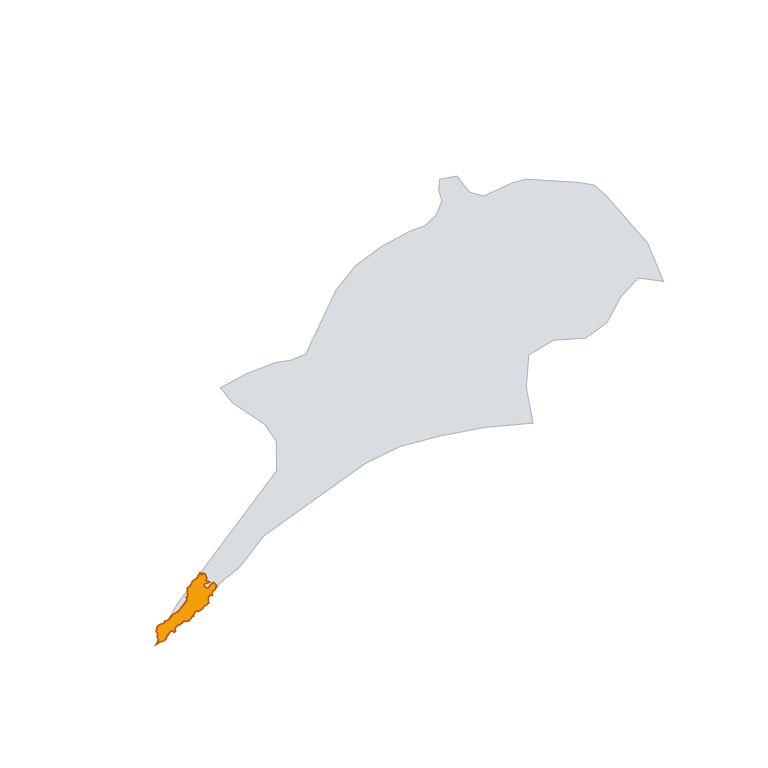 Rizokarpaso, Cyprus shown in context, rotated 162°
{"feature_id": "46923920B57718110047043", "entity_name": "Rizokarpaso", "entity_type": "district", "adm_level": 2, "iso_a3": "CYP", "parent_name": "Cyprus", "parent_adm1": "", "projection": "albers", "projection_center": [34.434, 35.609], "detail": "fine", "context": "in_parent", "style": "filled", "palette": "amber", "viewbox_px": 768, "rotation_deg": 162, "n_neighbors": 0, "source": "geoboundaries", "source_scale": "gbopen_adm2", "svg_char_len": 6591}
<svg xmlns="http://www.w3.org/2000/svg" viewBox="0 0 768 768"><g transform="rotate(162 384 384)"><path d="M533.9,412.9L540.7,431.0L511.1,436.3L481.4,437.9L464.9,435.4L449.4,436.4L400.8,487.9L374.7,505.3L343.7,515.5L312.2,521.3L296.3,521.9L282.4,528.3L272.4,540.2L272.0,551.9L267.7,561.5L250.4,559.2L243.5,540.2L231.3,531.9L200.7,535.6L185.8,534.9L137.2,515.9L122.6,508.2L113.7,492.6L89.7,436.4L86.4,395.2L109.5,406.2L131.6,393.9L153.0,373.4L178.2,365.4L193.8,369.3L209.2,373.2L237.3,367.0L249.8,336.3L254.3,300.7L301.2,311.6L348.9,317.4L388.0,319.6L426.6,314.2L544.8,276.9L578.2,254.2L598.8,246.5L634.7,227.7L672.1,217.3L648.1,239.1L513.1,334.5L504.1,362.9L510.0,382.6L529.0,406.6L533.9,412.9Z" fill="#d9dde1" stroke="#a8b0b8" stroke-width="1"/><path d="M610.8,249.5L611.0,249.8L611.2,250.0L611.5,250.1L612.0,250.5L612.5,251.0L613.0,251.3L613.2,251.5L613.4,251.7L613.7,251.9L613.8,252.2L613.8,252.4L613.7,252.6L613.4,253.0L613.0,253.2L612.8,253.5L612.4,254.2L612.3,254.6L612.3,255.1L612.3,255.6L612.8,256.5L612.7,256.9L612.7,257.5L612.7,257.9L612.6,258.4L612.8,258.9L613.0,259.1L613.5,259.1L613.8,259.3L613.9,259.7L614.1,259.9L614.5,260.2L614.9,260.1L615.1,259.8L615.4,259.6L615.5,259.4L615.8,258.9L616.0,258.8L616.3,259.5L616.5,260.0L616.6,260.4L616.7,260.6L616.7,261.0L616.8,261.2L617.2,261.2L617.4,261.4L617.6,261.5L617.7,261.3L617.7,261.1L617.9,260.4L618.0,260.2L618.4,259.9L618.7,259.9L619.3,259.6L619.6,259.6L620.0,259.4L620.2,259.2L620.4,258.9L620.4,258.6L620.4,258.4L620.5,258.2L620.8,257.8L621.1,257.7L621.5,257.7L621.8,257.5L622.1,257.4L622.2,257.2L622.4,257.1L622.8,257.0L623.0,256.8L623.3,256.7L623.6,256.7L623.9,256.6L624.2,256.5L624.6,256.4L624.8,256.3L625.2,256.2L625.6,256.1L625.8,256.1L626.0,256.1L626.4,256.0L626.7,255.9L627.0,255.7L627.7,255.2L627.9,254.8L628.2,254.6L628.6,254.0L628.7,253.7L628.9,253.5L629.2,253.1L629.7,252.8L630.1,252.7L630.4,252.5L630.6,252.4L631.1,252.1L631.3,251.9L631.3,251.7L631.5,251.3L631.8,251.2L632.1,251.2L632.4,251.3L632.6,251.3L633.3,251.0L633.5,251.0L633.9,250.9L634.1,250.8L634.4,250.7L634.6,250.4L634.6,250.1L634.6,249.8L634.5,249.5L634.5,249.3L634.5,248.9L634.6,248.5L635.1,247.9L635.2,247.7L635.3,247.4L635.2,247.2L635.3,246.9L635.3,246.6L635.4,246.3L635.5,246.1L635.6,245.9L635.6,245.6L635.7,245.2L636.0,244.9L635.7,244.7L635.8,244.5L635.7,244.3L635.6,244.2L635.7,243.9L635.9,243.5L636.0,243.3L636.2,243.0L636.3,242.6L636.6,242.4L636.8,242.3L637.1,242.4L637.2,242.5L637.4,242.5L637.7,242.5L637.8,242.4L637.9,242.2L638.1,242.3L638.3,242.2L638.2,241.9L638.0,241.7L637.8,241.3L637.8,241.1L637.8,240.9L637.9,240.6L638.0,240.1L637.9,240.0L638.0,239.8L638.1,239.6L638.2,239.4L638.4,239.2L638.6,239.2L638.8,238.9L639.1,238.8L639.2,238.6L639.3,238.4L639.4,238.2L639.5,238.1L639.8,238.0L640.0,238.0L640.4,238.1L640.7,238.1L640.8,237.7L640.9,237.4L641.0,237.2L641.2,236.7L641.5,236.5L641.8,236.4L642.2,236.4L642.3,236.6L642.5,236.5L642.7,236.3L642.9,236.1L642.8,235.8L642.9,235.6L643.1,235.5L643.3,235.7L643.7,235.5L644.0,235.3L644.2,235.2L644.6,235.0L644.8,234.9L645.0,234.7L645.4,234.2L645.5,234.0L645.6,233.8L646.0,233.8L646.4,233.9L646.6,233.7L646.9,233.4L647.2,233.2L647.4,233.0L647.6,232.9L647.9,232.7L648.2,232.6L648.6,232.4L648.8,232.1L648.9,231.8L649.0,231.6L649.4,231.6L649.5,231.8L650.0,231.6L650.3,231.5L650.5,231.4L650.8,231.3L650.9,231.1L651.2,230.8L651.4,231.0L651.8,230.9L652.3,230.8L652.7,230.7L653.2,230.5L653.6,230.4L653.9,230.4L654.3,230.4L654.7,230.2L655.7,230.1L656.3,230.0L656.6,229.9L656.9,229.6L657.2,229.3L657.4,229.0L657.8,228.7L658.2,228.5L658.5,228.6L658.6,228.8L658.9,228.8L659.2,228.4L659.5,228.0L659.7,227.6L660.0,227.4L660.4,227.1L660.9,226.8L661.4,226.6L662.6,226.3L663.1,226.3L664.2,226.0L664.6,225.9L665.1,226.0L665.3,226.2L665.6,226.4L665.8,226.2L666.1,225.4L666.4,225.1L666.7,225.0L667.0,225.0L667.3,224.8L667.6,224.6L668.0,224.5L668.9,224.5L669.3,224.5L670.1,224.5L670.9,224.5L671.8,224.3L672.3,224.2L672.7,224.1L673.3,224.1L673.9,224.1L674.1,223.6L674.6,223.0L675.0,222.8L675.7,222.5L675.8,222.0L675.7,221.3L676.0,220.7L676.6,220.2L677.1,219.7L677.2,219.2L677.2,218.6L677.1,218.0L676.7,217.3L676.6,216.8L676.5,216.3L676.6,215.9L676.8,215.4L677.9,214.2L677.9,213.5L677.9,212.9L677.8,212.1L677.7,211.6L677.5,211.0L677.8,210.5L678.5,209.6L678.9,209.2L679.1,208.8L679.6,207.9L680.2,207.5L681.6,206.5L681.2,206.5L680.4,206.9L679.3,206.9L678.6,207.3L677.8,207.5L677.4,207.8L676.7,207.8L675.8,207.7L675.1,207.7L674.5,207.7L674.0,207.7L673.4,207.8L672.9,207.8L672.4,207.9L671.9,208.1L671.2,208.4L670.7,208.6L670.0,208.9L669.5,209.1L669.2,209.6L669.2,210.1L669.0,210.4L668.7,210.7L668.5,211.0L668.1,211.2L667.7,211.3L667.3,211.5L667.3,211.8L667.6,212.3L667.3,212.4L667.0,212.4L666.6,212.4L666.2,212.3L665.9,212.5L665.8,213.0L665.5,213.3L665.4,213.5L664.8,213.6L664.6,213.9L664.4,214.1L664.2,214.3L663.7,214.4L663.1,214.3L662.8,214.5L662.0,214.7L661.6,214.7L661.2,214.6L660.9,214.4L660.8,214.1L660.9,213.7L660.7,213.4L660.5,213.1L660.5,212.6L660.3,212.6L660.0,212.7L659.5,212.9L659.1,212.9L658.7,213.2L658.5,213.4L658.9,213.8L658.9,214.1L658.7,214.6L658.7,215.1L658.1,215.5L658.0,215.9L657.8,216.3L657.6,216.6L657.1,216.9L656.6,217.2L656.2,217.5L655.9,217.7L654.9,218.3L654.6,217.9L654.3,218.1L653.6,218.3L653.2,218.1L652.8,218.0L652.2,218.3L651.7,218.4L651.0,218.9L650.1,218.9L649.3,219.3L648.6,220.0L646.8,220.2L646.1,219.5L645.2,219.3L644.3,219.1L643.0,219.1L642.0,219.3L641.5,219.7L640.3,220.5L639.2,221.1L638.8,221.8L638.1,221.9L636.9,222.0L637.3,223.1L636.5,223.4L635.5,223.4L635.2,224.2L634.8,224.8L634.4,225.6L633.6,225.7L632.5,225.8L631.9,225.8L631.4,225.5L631.1,225.0L630.4,225.1L629.9,225.4L629.4,225.4L628.7,225.5L627.7,225.8L626.9,226.2L626.1,226.3L625.4,226.7L625.0,227.2L624.7,227.6L624.2,227.9L623.8,228.4L623.2,228.5L622.6,228.3L621.9,228.3L621.2,228.5L620.5,228.9L619.8,229.3L619.3,229.6L618.5,229.7L618.1,229.9L618.2,230.1L618.2,230.8L617.9,233.2L617.1,234.4L616.9,234.8L616.4,235.6L615.8,236.2L614.9,236.9L614.2,236.8L613.6,236.3L613.2,235.9L612.7,235.7L612.4,236.2L612.2,236.8L612.0,238.0L611.8,238.6L611.5,239.0L611.0,239.4L610.7,239.8L610.2,240.0L609.5,240.2L608.4,240.4L607.8,240.8L607.4,241.3L607.1,241.9L606.1,242.4L606.7,242.5L606.2,243.3L605.5,244.4L605.7,244.9L606.1,245.6L606.4,246.4L606.9,247.0L607.0,247.7L607.4,248.0L607.9,248.0L608.6,248.0L609.2,247.6L611.0,246.5L611.6,246.1L612.1,245.8L613.1,245.2L613.9,244.6L614.6,244.5L615.2,244.6L615.6,245.0L616.0,245.4L616.7,246.1L616.9,246.6L617.4,247.3L617.4,247.8L617.1,248.5L616.3,248.9L615.7,249.3L614.7,249.3L614.0,249.3L613.1,249.2L612.6,249.2L611.6,249.3L610.8,249.5Z" fill="#f59e0b" stroke="#b45309" stroke-width="1.5"/></g></svg>